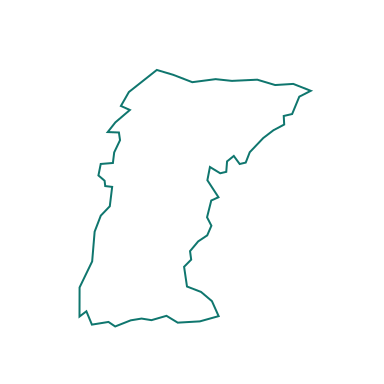 Denau, Surkhandarya, Uzbekistan, rotated 255°
{"feature_id": "79887680B8984486268693", "entity_name": "Denau", "entity_type": "district", "adm_level": 2, "iso_a3": "UZB", "parent_name": "Uzbekistan", "parent_adm1": "Surkhandarya", "projection": "mercator", "projection_center": [67.808, 38.294], "detail": "fine", "context": "isolated", "style": "outline", "palette": "teal", "viewbox_px": 384, "rotation_deg": 255, "n_neighbors": 0, "source": "geoboundaries", "source_scale": "gbopen_adm2", "svg_char_len": 958}
<svg xmlns="http://www.w3.org/2000/svg" viewBox="0 0 384 384"><g transform="rotate(255 192 192)"><path d="M82.0,83.0L83.9,99.6L82.8,110.5L78.7,119.7L79.0,135.3L69.5,144.4L65.0,166.1L65.2,185.6L81.4,183.0L93.1,174.9L102.0,162.7L121.8,165.0L126.9,173.7L135.4,174.8L142.7,185.2L146.2,195.5L154.4,202.0L163.7,200.0L178.8,208.4L180.1,216.2L199.4,209.9L211.5,215.8L202.8,224.1L202.6,230.3L212.5,233.8L216.0,241.7L206.7,245.3L206.5,251.5L215.5,258.1L225.7,274.8L230.6,286.7L233.3,298.5L241.7,300.3L241.4,308.9L256.3,320.3L259.0,332.9L270.2,317.8L273.8,300.0L283.6,284.1L289.0,259.3L294.9,244.0L298.0,220.7L310.1,204.1L319.0,189.6L304.9,156.9L293.5,145.6L287.3,153.2L279.1,136.0L271.7,126.1L268.4,136.8L260.7,135.9L250.4,127.1L240.5,123.1L242.7,111.1L232.2,105.9L225.5,110.5L220.2,109.7L217.6,116.2L199.5,108.9L192.8,97.8L178.9,87.7L150.8,77.6L128.9,58.7L100.8,51.1L104.1,59.1L89.8,61.0L88.1,77.7L82.0,83.0Z" fill="none" stroke="#0f766e" stroke-width="2"/></g></svg>